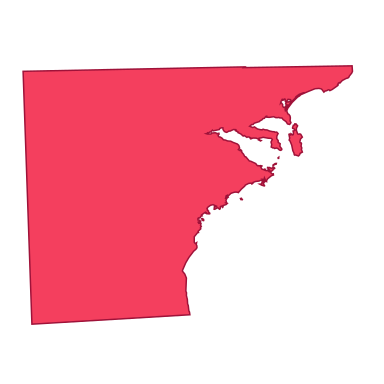 outline of South Australia, rotated 268°
{"feature_id": "AUS-2655", "entity_name": "South Australia", "entity_type": "State", "adm_level": 1, "iso_a3": "AUS", "parent_name": "Australia", "parent_adm1": "", "projection": "equal_earth", "projection_center": [136.572, -32.035], "detail": "fine", "context": "isolated", "style": "filled", "palette": "rose", "viewbox_px": 384, "rotation_deg": 268, "n_neighbors": 0, "source": "natural_earth", "source_scale": "10m", "svg_char_len": 6153}
<svg xmlns="http://www.w3.org/2000/svg" viewBox="0 0 384 384"><g transform="rotate(268 192 192)"><path d="M176.5,207.6L175.1,206.4L174.1,206.9L173.5,206.6L172.3,207.9L171.2,207.7L170.4,208.9L169.7,209.0L169.5,208.5L169.8,205.9L170.3,205.0L170.6,205.6L171.0,205.5L171.4,204.7L168.8,200.8L167.8,201.3L167.5,200.0L166.1,199.3L166.1,198.5L165.4,198.0L165.8,197.4L165.1,196.9L163.9,196.9L163.4,198.8L162.0,198.0L161.6,197.1L160.4,197.7L160.4,198.4L161.5,198.8L162.0,199.5L160.8,199.3L160.3,199.9L158.1,199.3L157.4,200.1L155.8,199.1L154.9,199.5L152.5,196.7L151.3,197.1L151.1,196.1L147.2,192.7L141.8,192.5L141.0,192.9L140.5,193.6L141.2,194.8L139.4,194.4L138.0,195.0L136.1,195.0L134.6,193.9L132.8,191.6L126.7,186.6L121.5,183.3L114.1,179.8L113.2,179.7L110.3,181.9L106.2,183.4L93.1,182.4L91.5,183.0L88.7,182.8L84.8,183.6L80.4,183.7L78.7,184.3L73.5,184.7L72.2,185.3L69.4,185.6L65.5,27.4L318.5,27.4L315.2,248.9L314.5,248.0L312.5,356.4L307.0,356.6L305.3,355.8L302.4,353.3L301.3,352.8L300.5,351.8L300.1,350.0L298.2,346.1L295.7,343.6L296.2,343.2L295.8,342.2L294.2,341.3L293.9,341.8L293.3,341.4L289.5,335.6L288.5,333.3L289.3,332.6L289.4,331.9L288.5,330.0L288.3,328.6L287.2,327.3L290.1,325.3L290.6,324.5L291.1,322.4L290.9,318.5L288.5,311.9L285.4,304.0L284.3,302.9L283.2,300.9L278.1,295.3L272.4,290.7L273.3,290.5L274.1,291.0L283.0,300.1L285.3,303.3L287.4,308.1L287.3,306.9L285.9,302.6L283.6,299.2L282.4,298.6L277.8,293.8L274.9,291.5L274.9,290.7L275.6,290.7L275.8,289.6L276.8,288.6L277.2,288.8L278.8,289.9L278.6,291.8L279.2,292.3L278.6,293.4L278.7,293.7L280.1,294.0L280.9,293.7L281.3,291.2L278.5,288.9L279.9,288.2L281.4,288.4L281.7,287.7L281.2,286.8L281.5,285.4L281.2,285.2L280.5,285.9L280.2,284.8L279.6,284.2L277.8,283.7L278.2,284.1L277.9,284.5L276.2,285.7L274.7,285.6L273.4,286.4L273.3,287.7L274.7,288.6L274.7,289.1L272.5,288.7L271.7,287.9L270.0,288.2L270.6,288.9L272.3,288.9L273.0,289.6L273.7,289.4L274.1,289.7L274.0,289.9L271.5,290.3L270.4,289.7L269.0,289.7L266.8,290.5L266.1,291.6L264.6,292.6L262.7,292.9L259.6,292.5L258.0,293.3L257.1,292.9L256.1,291.9L256.7,289.8L259.1,288.4L261.2,285.6L262.8,284.5L263.0,282.3L263.5,281.4L263.3,280.3L263.4,278.3L264.4,276.3L263.9,271.9L264.1,269.7L264.2,269.1L264.9,269.4L265.1,270.0L265.2,269.4L264.9,268.3L263.1,266.9L262.9,265.5L261.6,264.3L260.8,262.4L260.1,262.0L258.7,257.0L258.3,256.2L257.3,255.4L257.4,254.1L255.7,251.9L254.3,255.0L254.9,256.7L252.7,259.6L251.9,262.6L251.7,264.3L252.3,265.2L251.6,267.0L251.4,269.2L250.3,271.5L249.5,274.7L249.4,276.2L248.9,276.9L248.9,278.8L247.4,280.1L245.1,278.8L242.4,278.5L240.5,279.9L238.6,279.9L237.2,281.8L234.6,281.4L232.0,283.2L231.2,283.2L230.5,282.2L230.9,280.8L232.4,279.4L233.0,277.9L232.6,276.1L233.3,275.2L233.2,274.4L234.2,272.7L236.6,273.3L239.2,272.7L241.7,274.1L242.8,273.1L243.1,270.0L244.2,265.0L243.6,262.6L243.5,261.0L243.1,260.5L242.2,261.1L243.6,258.0L243.8,254.8L243.0,252.6L243.4,252.1L244.1,252.5L245.0,250.7L245.1,249.7L244.7,248.8L246.6,246.2L246.1,245.1L248.4,242.7L249.7,240.1L250.2,240.3L251.8,237.5L252.3,237.3L252.3,238.3L252.8,238.0L253.0,235.6L251.5,232.1L251.6,231.0L250.6,229.3L250.4,228.4L251.3,226.5L253.3,225.2L255.1,225.1L255.1,223.5L254.5,222.0L253.5,221.5L252.4,215.5L252.4,215.2L253.1,214.6L252.1,213.4L251.3,213.1L251.3,211.8L250.4,210.3L250.7,209.6L250.0,209.2L249.8,208.3L249.3,209.7L249.3,213.0L250.2,213.9L250.4,217.2L249.8,218.9L249.3,219.1L249.8,220.9L248.9,221.1L247.7,220.1L246.8,220.3L246.0,221.1L245.9,222.3L244.4,224.3L243.1,225.1L242.7,227.3L241.8,229.3L241.4,232.5L240.1,234.9L238.4,239.0L237.0,240.4L234.3,241.1L232.7,239.8L231.5,241.8L231.6,242.2L233.1,241.7L231.4,243.1L229.9,243.2L228.0,244.8L225.9,245.8L225.4,246.3L225.3,247.0L221.0,250.4L220.7,251.8L218.2,256.7L216.3,258.0L215.9,258.7L216.1,259.1L215.8,259.7L216.0,261.4L215.6,262.8L215.3,262.7L214.9,261.4L212.3,262.8L211.9,264.3L212.4,265.6L212.1,266.0L211.3,265.4L210.9,266.4L210.7,267.5L211.3,268.5L211.2,269.1L210.3,269.0L209.5,270.1L209.9,270.5L210.9,270.5L212.5,269.1L213.3,269.4L213.4,268.3L213.9,268.4L213.8,270.4L212.9,272.0L213.8,274.7L212.9,275.5L212.5,275.2L212.1,274.1L210.8,273.4L210.0,271.9L209.2,271.5L208.3,271.6L207.6,272.4L207.2,273.1L207.3,273.9L206.1,274.0L205.6,272.1L202.6,268.1L200.6,266.8L199.8,266.9L200.2,265.6L199.1,264.4L197.9,263.6L195.7,264.7L195.5,264.4L196.4,261.9L197.5,260.0L197.6,261.7L199.9,262.6L199.5,262.9L199.5,263.6L200.4,264.2L200.2,264.7L200.8,265.3L201.5,265.8L203.5,264.9L202.1,264.6L202.2,263.1L201.5,264.0L201.2,263.7L200.9,262.2L201.2,262.0L201.3,261.1L200.6,259.4L200.3,255.8L199.3,253.2L198.6,253.2L197.9,252.1L198.8,251.5L198.6,248.9L197.0,245.5L196.0,244.9L193.2,241.5L189.9,238.4L190.2,238.2L190.0,237.7L190.4,236.1L190.3,234.3L189.3,230.9L186.5,227.7L187.6,227.4L187.0,226.0L184.5,225.3L184.4,226.1L185.5,226.4L186.2,227.4L185.5,228.0L184.7,226.8L182.4,225.6L180.3,226.2L180.0,225.5L179.4,226.9L178.3,225.7L177.4,222.6L176.1,222.5L175.6,222.1L176.9,221.3L176.5,219.9L175.9,219.7L175.6,220.0L174.0,219.4L173.8,218.9L175.1,217.5L175.3,216.9L173.9,214.1L174.0,213.5L176.9,213.9L176.5,215.1L176.6,215.8L176.9,216.1L178.6,212.6L178.1,210.1L176.5,207.6ZM256.5,297.1L256.4,298.4L255.6,298.7L254.8,299.8L254.0,299.7L252.5,298.7L250.3,298.4L246.4,299.6L246.0,300.5L246.3,301.8L245.9,302.7L243.0,304.2L241.2,302.3L238.3,301.5L237.5,301.8L237.2,302.9L236.6,303.1L234.1,302.6L232.1,303.3L231.0,302.8L228.0,303.7L226.8,301.3L225.5,300.9L224.3,299.7L225.4,296.6L225.3,295.8L225.7,295.5L227.5,295.2L229.8,294.2L235.3,293.3L239.4,291.8L240.5,290.9L242.7,291.6L243.3,291.3L246.3,290.9L246.5,291.4L245.8,291.8L245.5,292.6L246.8,292.9L245.5,294.7L245.9,295.2L247.6,295.5L249.4,295.1L249.8,296.8L250.1,297.0L251.3,296.5L252.1,294.8L252.6,294.7L255.2,295.6L255.5,296.9L256.5,297.1ZM216.1,273.9L217.6,276.2L217.6,277.3L216.9,277.1L216.5,275.3L215.3,273.9L216.1,273.9ZM163.5,202.8L163.0,202.6L163.0,202.1L163.8,201.2L165.7,200.6L164.6,201.2L164.9,201.7L164.4,202.5L163.5,202.8ZM183.8,240.2L184.0,241.2L183.2,241.5L182.5,242.6L182.7,240.6L183.8,240.2ZM241.3,261.1L241.4,261.8L241.0,262.9L240.6,262.3L241.3,261.1ZM222.6,279.3L223.2,279.2L223.7,279.9L222.6,279.8L222.6,279.3Z" fill="#f43f5e" stroke="#9f1239" stroke-width="1.5"/></g></svg>